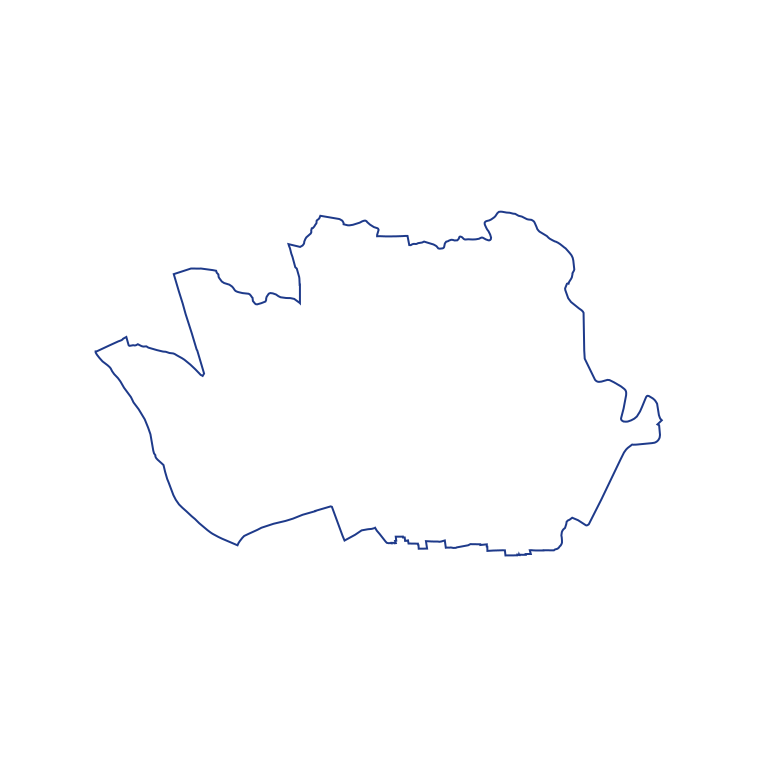 Funza, Cundinamarca, Colombia, rotated 301°
{"feature_id": "7082276B8627668413751", "entity_name": "Funza", "entity_type": "district", "adm_level": 2, "iso_a3": "COL", "parent_name": "Colombia", "parent_adm1": "Cundinamarca", "projection": "natural_earth1", "projection_center": [-74.204, 4.746], "detail": "fine", "context": "isolated", "style": "outline", "palette": "blue", "viewbox_px": 768, "rotation_deg": 301, "n_neighbors": 0, "source": "geoboundaries", "source_scale": "gbopen_adm2", "svg_char_len": 6130}
<svg xmlns="http://www.w3.org/2000/svg" viewBox="0 0 768 768"><g transform="rotate(301 384 384)"><path d="M229.5,430.8L239.9,436.9L247.0,440.2L251.2,445.0L253.5,448.1L255.6,450.1L256.2,450.4L254.6,453.3L253.2,457.5L249.8,466.4L249.3,468.2L249.9,469.9L250.9,471.4L251.3,472.5L251.7,472.2L253.3,475.0L253.0,475.2L253.7,476.1L255.2,474.3L256.0,475.2L259.2,472.7L262.9,478.8L262.2,479.3L263.1,480.8L260.4,482.9L261.4,484.4L261.6,484.3L262.3,485.1L259.9,487.2L264.6,495.3L263.7,496.0L263.7,496.5L260.7,498.6L265.1,505.7L270.9,500.9L273.7,506.2L276.9,511.7L277.2,512.6L278.4,514.1L281.2,516.7L275.5,521.3L276.4,522.5L277.4,524.3L278.3,525.5L279.2,527.9L280.6,530.0L281.4,530.5L289.1,539.2L291.2,540.5L296.2,549.1L295.6,549.5L299.5,554.7L297.6,555.8L297.8,556.3L294.2,558.6L297.5,563.4L302.5,571.2L303.7,573.3L299.6,576.4L305.6,586.2L306.1,585.8L306.0,586.0L306.3,586.5L306.5,586.3L306.6,586.5L306.4,586.7L307.0,587.7L307.3,587.6L307.0,588.0L307.2,588.4L307.5,588.2L310.6,593.5L311.2,593.0L313.9,597.4L316.6,594.6L317.8,596.5L318.0,597.1L319.8,600.4L323.5,606.5L323.7,606.4L328.9,615.3L330.1,615.7L332.2,617.6L334.0,618.2L335.3,618.2L336.4,618.6L338.0,618.6L339.6,618.3L341.6,617.1L344.0,615.4L345.6,614.0L348.7,612.7L350.3,612.5L351.7,612.6L353.9,613.3L357.7,612.4L360.0,611.5L361.7,611.9L363.3,613.0L366.3,614.2L367.2,620.5L366.9,629.8L367.2,630.6L367.8,631.1L369.2,631.8L396.7,629.8L441.3,625.6L448.9,625.0L452.6,625.3L454.9,625.9L459.9,627.9L460.5,629.2L462.0,631.5L471.3,644.1L473.0,646.1L473.9,646.8L475.5,647.6L477.1,648.0L479.1,648.0L480.2,647.8L482.5,646.8L490.3,641.1L490.5,640.6L490.2,639.7L490.2,639.2L496.0,640.8L496.6,638.6L497.4,637.5L499.0,635.6L507.8,628.2L509.1,625.7L509.7,624.1L510.1,621.8L510.1,617.2L509.7,616.1L509.1,615.6L508.2,615.4L506.3,615.6L497.1,617.0L492.3,617.6L486.4,617.5L483.2,616.4L480.2,614.6L477.4,612.3L476.3,610.8L475.2,608.6L475.2,606.9L475.4,606.2L475.7,605.6L476.6,604.9L486.4,602.0L499.1,597.3L501.1,596.2L502.2,595.3L503.0,594.2L503.5,592.6L504.0,588.4L503.9,580.2L503.5,575.3L502.6,573.4L498.1,569.2L496.5,567.1L496.0,565.8L495.9,564.7L496.0,563.8L496.3,562.7L509.1,543.0L515.8,538.4L547.8,518.4L548.5,517.2L549.0,515.3L549.2,512.3L550.6,502.1L552.4,497.7L557.9,491.0L559.2,490.0L564.1,489.2L564.7,489.5L565.1,490.1L565.1,490.5L566.9,490.1L570.3,490.2L572.1,490.1L575.5,488.9L575.9,488.5L579.0,488.4L580.2,488.1L587.3,482.7L589.4,480.7L590.9,478.4L591.8,476.1L593.8,469.8L593.9,468.2L594.2,466.2L594.6,463.0L594.7,460.4L594.5,458.0L594.2,457.0L594.0,454.4L593.9,451.2L594.1,449.7L594.7,447.4L594.7,438.8L595.0,437.6L595.7,435.7L597.2,433.8L599.7,430.3L600.4,429.1L600.6,428.4L600.7,426.9L600.6,425.7L599.3,422.9L598.9,421.5L598.5,415.9L597.5,412.7L597.4,408.8L596.5,406.9L595.5,403.5L594.1,400.8L592.5,396.6L591.8,395.2L590.7,393.8L588.9,393.2L585.0,393.0L583.3,392.5L580.2,391.1L578.5,390.0L576.6,388.1L575.6,387.4L574.7,387.2L573.9,387.3L572.9,388.0L572.2,388.8L570.5,391.3L569.6,392.8L568.8,394.8L566.8,398.0L564.6,400.4L563.0,401.0L562.1,400.8L561.2,400.1L560.9,399.3L560.4,396.9L560.3,393.7L560.2,393.1L559.9,392.4L558.9,391.5L557.5,390.7L555.3,388.2L553.5,385.5L551.4,381.6L549.8,379.4L549.5,378.7L549.4,377.7L550.0,375.3L549.9,374.5L549.8,373.7L549.5,373.2L548.7,372.9L547.5,373.2L546.4,373.2L544.9,372.8L543.4,370.6L542.9,368.6L542.2,367.3L540.5,365.9L539.5,365.4L538.0,364.0L535.8,363.8L532.3,365.0L531.2,364.9L530.4,364.3L528.7,362.1L528.2,360.7L529.1,358.2L529.2,357.0L529.1,354.6L526.7,345.0L524.9,343.8L522.3,340.7L520.9,339.8L520.3,339.0L519.5,337.4L518.4,336.3L516.8,335.4L516.1,334.1L523.0,327.9L521.7,325.7L520.1,323.4L516.3,317.5L511.6,309.8L508.4,304.0L507.1,302.0L508.3,301.3L513.3,300.0L514.1,298.9L514.1,298.0L513.3,294.5L513.4,290.0L514.1,286.2L514.5,285.3L514.5,284.1L513.9,283.0L512.3,281.6L509.8,280.1L504.5,275.4L502.3,272.8L501.4,271.3L500.1,267.1L501.1,266.5L501.7,265.7L502.5,264.1L502.5,261.6L502.3,260.5L495.4,242.8L492.7,243.2L491.7,243.0L489.7,242.2L489.2,242.2L487.4,243.1L486.8,243.3L485.3,243.1L483.0,243.1L481.0,242.7L480.3,241.9L478.2,242.5L476.7,243.5L475.3,243.7L469.7,241.9L467.8,241.9L465.1,242.3L463.5,243.0L462.7,243.1L460.8,242.9L458.3,241.5L454.7,230.1L453.4,231.5L451.9,233.5L448.0,237.4L445.8,240.1L438.4,247.8L438.0,249.8L432.0,256.2L430.6,257.3L425.6,260.6L425.8,260.8L410.0,270.3L410.1,269.9L410.7,263.2L409.4,259.5L407.3,255.8L405.1,250.7L404.9,248.3L405.1,245.3L404.4,242.0L403.4,239.7L402.0,238.7L398.3,238.5L396.5,239.0L395.3,239.7L393.6,239.9L390.1,237.2L386.9,234.2L386.4,233.0L386.5,232.0L387.6,228.9L390.2,226.9L390.4,226.0L391.2,224.3L391.7,222.7L391.6,221.4L389.1,216.0L387.9,212.3L387.5,210.8L387.3,209.0L387.5,207.9L388.8,205.1L389.3,203.4L389.5,200.3L388.2,194.9L388.3,192.2L389.9,188.3L390.6,187.1L392.6,185.6L393.3,183.2L394.6,181.8L393.4,178.5L388.6,167.4L388.1,166.8L383.6,159.1L369.9,147.2L357.8,160.4L349.3,170.0L341.8,177.9L328.4,193.2L317.0,205.7L316.6,206.6L300.3,224.4L297.5,224.4L297.4,222.2L299.4,214.8L300.9,208.0L302.0,200.4L302.1,197.6L301.9,191.9L301.9,189.0L301.6,187.5L300.1,184.2L299.2,180.3L298.0,177.9L296.1,171.9L293.8,163.2L293.9,161.1L293.8,160.8L292.1,158.4L291.6,156.7L291.3,152.5L289.7,151.6L288.7,150.6L288.0,148.9L287.4,148.3L285.7,146.3L285.6,145.7L285.7,145.2L286.4,144.4L291.6,138.9L289.2,137.5L288.3,137.0L287.3,136.9L285.9,136.1L283.7,134.3L275.4,128.6L264.1,121.0L263.4,120.0L262.6,120.5L262.0,121.4L261.1,123.2L259.7,126.9L258.4,131.1L257.7,137.4L257.2,140.0L256.6,141.7L254.9,144.4L253.5,147.6L252.0,153.0L250.4,156.8L246.9,163.1L242.5,173.7L241.7,175.0L239.2,178.8L236.0,186.7L230.5,197.1L225.1,204.3L220.6,209.7L208.1,220.5L206.1,222.6L205.2,224.7L204.0,225.5L203.1,227.0L202.5,229.0L201.0,236.7L196.0,241.6L191.0,247.0L188.6,250.2L180.2,260.8L177.5,265.2L175.2,270.3L174.1,274.9L173.1,280.2L171.6,287.2L170.9,291.6L169.5,297.3L167.8,308.0L167.4,311.8L167.3,314.1L167.6,320.7L168.0,324.9L170.3,341.5L172.7,341.2L174.9,341.3L179.1,341.8L181.7,342.4L185.5,344.9L193.8,350.6L197.7,353.0L207.3,361.3L215.8,370.0L218.0,372.0L221.7,375.3L230.0,381.6L239.6,390.6L239.8,390.4L240.2,390.8L251.6,401.3L251.9,402.6L232.5,426.7L229.5,430.8Z" fill="none" stroke="#1e3a8a" stroke-width="2"/></g></svg>